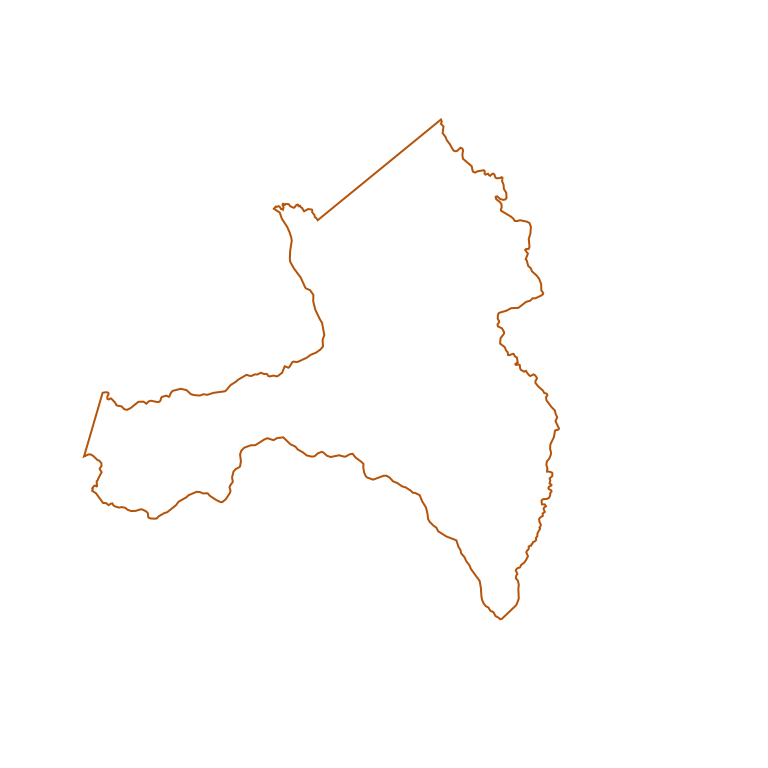 San Francisco, Antioquia, Colombia (Mercator projection), rotated 303°
{"feature_id": "7082276B5434508812128", "entity_name": "San Francisco", "entity_type": "district", "adm_level": 2, "iso_a3": "COL", "parent_name": "Colombia", "parent_adm1": "Antioquia", "projection": "mercator", "projection_center": [-74.988, 5.874], "detail": "fine", "context": "isolated", "style": "outline", "palette": "amber", "viewbox_px": 768, "rotation_deg": 303, "n_neighbors": 0, "source": "geoboundaries", "source_scale": "gbopen_adm2", "svg_char_len": 6166}
<svg xmlns="http://www.w3.org/2000/svg" viewBox="0 0 768 768"><g transform="rotate(303 384 384)"><path d="M636.8,287.7L485.3,239.2L486.3,236.6L486.3,235.1L487.8,233.7L488.9,230.2L490.6,229.3L491.0,228.5L489.4,225.1L485.3,222.9L487.0,219.4L486.9,217.8L487.8,216.7L486.6,215.5L487.5,214.5L487.4,213.8L486.3,213.0L483.2,212.8L482.6,212.2L482.0,208.5L482.9,206.2L481.7,203.8L480.2,203.3L480.5,201.8L480.2,201.1L479.1,201.2L477.5,203.5L475.1,204.3L475.2,203.0L474.7,202.4L475.6,200.6L475.8,198.8L474.1,197.5L474.0,196.7L471.0,196.2L471.0,203.2L467.0,208.3L463.0,217.3L459.5,222.6L455.9,226.9L453.9,228.6L444.5,232.8L437.8,236.8L435.4,238.8L431.9,245.4L427.9,256.2L422.0,265.4L421.7,266.6L422.4,270.9L420.2,276.3L414.8,279.6L408.9,285.9L403.5,294.7L401.5,298.8L392.5,307.3L387.7,308.4L382.2,312.4L378.3,311.9L373.2,309.9L368.9,306.8L363.8,304.8L355.7,299.7L354.5,298.3L353.6,296.0L352.3,295.2L347.2,295.4L345.6,295.0L344.8,291.1L338.0,292.4L332.8,290.6L331.9,289.7L330.9,286.8L328.1,284.0L327.7,282.4L328.5,281.1L328.4,279.7L327.1,278.1L326.3,274.5L323.1,272.7L321.6,270.3L318.7,268.6L317.7,267.0L316.8,263.7L307.9,259.2L305.4,258.6L299.5,255.9L292.6,255.1L291.0,254.3L283.8,245.9L278.7,241.7L277.0,238.0L274.6,236.4L273.6,235.2L271.5,231.2L270.3,227.8L271.3,221.6L269.3,216.2L263.2,210.5L260.7,210.1L256.5,210.8L256.0,210.5L255.7,207.8L252.2,204.8L251.0,204.7L248.1,205.6L246.5,205.1L245.3,203.5L243.1,197.7L241.2,196.1L238.1,195.5L238.2,191.9L235.3,187.7L226.0,184.7L222.3,182.5L221.4,179.8L222.3,176.1L220.8,172.6L220.5,171.0L222.0,168.6L223.2,163.1L222.9,162.4L221.2,161.7L220.9,160.1L222.3,159.0L225.8,158.4L226.5,157.5L225.8,155.4L223.4,152.8L159.8,171.9L164.0,174.5L165.2,176.5L165.3,179.5L164.2,185.0L164.6,186.8L163.8,189.9L161.4,191.8L158.7,191.5L157.8,191.9L156.3,195.2L148.6,195.9L147.5,196.3L145.9,196.0L141.9,199.0L141.5,198.7L141.5,197.1L140.8,196.4L137.6,196.1L137.4,196.9L135.5,197.4L135.5,202.0L131.2,213.2L132.7,215.7L132.4,219.0L135.0,220.2L135.9,221.2L134.8,223.2L134.9,225.3L136.1,229.2L137.8,230.9L139.2,234.1L138.9,237.6L139.8,241.3L142.3,244.8L146.5,248.3L147.2,249.9L147.6,253.8L147.3,255.6L146.8,256.6L144.0,258.7L143.7,259.7L144.2,261.7L146.3,265.2L147.4,266.6L150.3,267.1L156.0,270.0L158.4,272.0L168.9,275.5L173.5,275.9L181.4,280.0L184.2,280.6L191.4,285.5L193.1,288.2L193.6,291.7L196.3,295.6L195.4,298.6L195.3,305.9L195.9,311.0L196.7,312.6L201.1,314.1L209.1,314.1L211.1,313.2L213.2,310.7L214.8,310.3L219.6,310.5L222.8,307.5L228.5,305.5L231.7,305.9L235.7,308.1L236.6,308.1L241.1,306.2L246.6,301.6L250.3,300.7L254.5,301.5L260.0,305.6L262.6,309.4L272.4,313.9L275.0,315.7L276.7,321.9L280.4,323.8L284.4,328.6L282.5,338.2L283.2,343.7L282.1,347.5L282.5,353.0L282.0,358.0L283.8,363.1L285.6,365.1L290.1,366.4L293.2,368.8L293.5,370.6L292.8,375.2L293.7,379.0L299.8,385.2L301.3,390.0L302.2,391.3L306.6,393.7L308.4,395.8L306.9,399.9L306.3,408.3L305.7,410.4L302.8,412.0L299.0,415.5L296.7,419.0L296.4,420.9L297.9,427.0L307.0,433.8L308.4,436.0L308.6,439.6L307.3,444.6L308.2,449.3L308.0,454.9L309.1,458.5L309.1,464.5L308.5,467.5L309.6,469.3L310.2,474.5L306.4,479.9L303.3,486.5L298.7,491.3L294.8,494.5L293.2,497.6L292.1,503.0L292.1,506.0L290.0,509.7L290.1,519.3L292.3,529.8L287.9,535.3L286.3,538.8L284.1,540.7L282.6,545.8L280.2,549.5L278.6,554.2L276.2,557.7L270.9,571.5L266.0,576.1L258.8,581.5L256.6,583.6L254.2,587.1L253.1,590.4L253.4,593.3L251.7,596.8L252.3,599.9L250.1,604.0L250.4,607.4L250.0,609.6L251.4,610.8L269.8,615.2L271.9,615.2L277.4,613.9L285.3,608.3L288.9,606.5L292.0,603.4L292.9,600.4L295.2,599.3L297.3,599.3L299.4,596.1L300.7,595.9L302.3,596.3L304.2,597.9L307.1,597.6L310.3,598.8L313.3,599.0L317.9,598.6L320.4,595.0L322.1,594.7L323.7,595.2L325.3,594.9L326.1,594.0L327.5,594.2L328.6,595.5L330.0,595.0L330.9,595.5L332.5,595.0L334.0,596.1L336.0,596.6L337.9,595.2L339.7,595.5L342.5,594.0L347.6,593.7L348.4,592.5L349.5,592.8L351.4,592.2L353.2,589.3L355.2,587.6L357.1,587.7L359.9,589.0L361.8,587.6L364.3,588.5L366.3,585.7L367.9,585.6L369.6,586.5L370.6,584.5L369.1,582.0L371.8,579.7L373.2,579.7L374.1,580.3L376.5,583.4L378.5,584.5L381.6,583.8L382.8,582.9L385.0,583.1L385.8,582.3L385.7,579.3L386.3,578.5L387.6,578.3L390.1,579.7L390.7,579.2L390.8,577.0L393.7,576.0L395.0,574.3L398.4,575.3L400.9,573.8L401.2,572.9L400.4,570.1L399.3,568.5L399.8,568.0L402.2,567.1L404.6,564.2L407.6,562.8L411.8,563.2L416.0,562.3L417.9,561.0L420.1,558.6L424.0,556.4L432.2,555.4L437.8,552.9L438.6,553.0L440.6,555.0L441.9,555.1L446.2,548.1L450.4,547.4L452.1,544.6L454.9,541.6L455.9,537.0L458.7,529.3L461.0,527.1L463.5,527.2L464.3,526.4L464.4,525.2L463.7,523.3L465.0,521.0L466.0,514.6L467.3,510.6L468.9,509.4L471.9,509.3L472.7,508.3L473.6,505.9L473.6,504.3L470.3,502.3L470.5,500.3L472.3,495.8L470.7,494.9L470.4,491.0L471.5,489.4L473.8,487.6L473.7,486.2L471.9,484.5L472.0,483.5L472.8,483.3L474.9,484.4L478.6,481.0L478.4,479.0L479.8,476.5L479.7,475.8L476.2,473.2L475.9,472.3L478.0,470.4L478.7,467.9L480.7,465.2L481.1,459.4L485.9,456.8L491.5,457.2L492.9,456.5L494.9,452.7L494.4,448.0L495.8,446.8L498.7,446.8L499.5,446.1L500.7,443.8L503.4,442.2L505.3,441.6L506.5,441.9L512.1,446.7L516.9,449.4L521.0,455.2L530.2,458.4L533.6,461.3L536.8,461.9L538.2,464.2L543.5,467.5L545.6,468.4L546.9,468.1L548.3,464.8L553.3,461.5L556.8,456.7L558.1,452.9L559.1,446.7L561.0,444.1L561.6,440.6L565.5,436.2L565.7,434.9L571.7,433.7L573.3,429.4L574.5,429.6L576.0,431.7L578.3,431.3L584.5,426.4L590.0,424.8L595.8,421.6L598.2,418.4L598.0,415.5L595.4,408.8L593.1,406.9L592.0,404.9L593.0,402.6L593.5,399.8L593.1,387.8L593.8,387.1L596.5,386.4L598.9,384.4L599.7,382.3L600.1,377.5L601.5,375.8L602.2,375.8L603.0,376.8L602.4,380.6L603.4,383.7L604.8,385.2L606.9,385.4L611.0,382.3L612.8,378.4L616.4,375.6L618.3,372.7L621.6,370.9L621.4,369.9L619.8,369.0L617.8,366.3L617.9,365.0L619.9,362.3L619.9,361.0L618.9,360.2L616.5,359.7L616.2,358.7L617.0,356.7L614.9,355.1L615.0,354.0L617.4,352.5L617.6,351.2L613.3,346.6L611.0,345.3L610.5,343.4L611.2,342.0L614.4,339.0L615.9,327.5L619.2,324.7L622.9,323.2L624.1,321.5L623.8,319.5L619.5,318.4L618.3,317.4L617.7,316.0L617.9,314.5L621.2,308.1L622.7,303.8L624.5,301.4L626.4,296.5L632.4,293.6L633.2,290.1L635.6,289.5L636.8,287.7Z" fill="none" stroke="#b45309" stroke-width="2"/></g></svg>